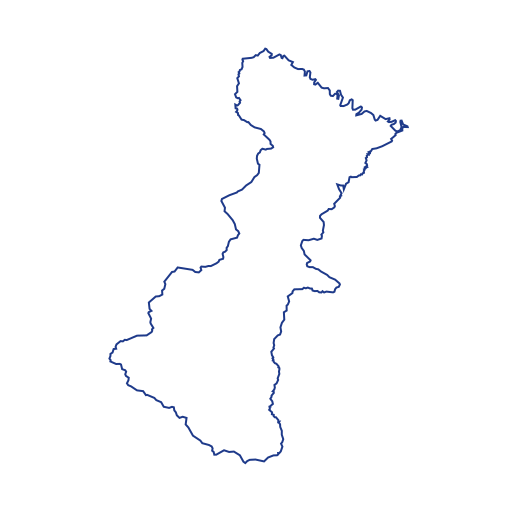 the district of Buga, Valle del Cauca, Colombia, rotated 101°
{"feature_id": "7082276B89105760254188", "entity_name": "Buga", "entity_type": "district", "adm_level": 2, "iso_a3": "COL", "parent_name": "Colombia", "parent_adm1": "Valle del Cauca", "projection": "robinson", "projection_center": [-76.07, 3.856], "detail": "fine", "context": "isolated", "style": "outline", "palette": "blue", "viewbox_px": 512, "rotation_deg": 101, "n_neighbors": 0, "source": "geoboundaries", "source_scale": "gbopen_adm2", "svg_char_len": 6050}
<svg xmlns="http://www.w3.org/2000/svg" viewBox="0 0 512 512"><g transform="rotate(101 256 256)"><path d="M407.8,353.8L410.6,347.2L410.2,341.0L413.6,337.5L413.1,336.3L414.7,328.7L416.5,326.4L417.6,321.2L421.6,317.8L421.7,312.3L420.1,309.7L420.2,307.8L423.2,306.7L424.7,304.9L427.5,303.3L429.5,300.2L427.8,297.3L428.2,293.3L434.8,292.9L437.2,289.7L444.4,283.6L447.8,275.4L450.0,273.0L450.5,266.1L451.4,263.2L453.1,261.9L455.5,261.9L456.4,260.2L459.0,259.0L458.6,257.1L452.8,250.3L453.5,245.0L452.2,240.4L454.7,233.8L460.3,229.1L461.3,227.0L459.0,225.5L457.3,223.3L455.9,217.7L456.1,208.9L451.5,205.7L448.4,200.8L447.6,197.3L446.5,196.3L445.2,196.7L445.0,195.5L443.1,194.4L438.1,193.7L435.4,195.6L433.7,194.7L430.6,194.3L426.5,196.6L422.7,197.3L419.2,199.6L416.5,200.3L415.2,201.9L414.4,201.6L414.8,202.5L412.9,202.7L410.5,205.6L410.7,206.8L409.8,208.1L408.5,208.3L408.3,210.2L406.4,210.4L404.5,213.7L403.5,213.2L401.4,214.0L401.2,213.2L400.7,213.4L398.0,211.2L395.5,212.3L393.4,214.7L391.4,213.9L390.0,214.1L387.0,212.4L385.7,212.8L385.6,213.7L383.5,212.6L381.5,212.4L379.1,213.3L377.1,211.5L373.4,210.6L372.0,211.4L367.3,210.6L365.1,211.4L362.4,211.4L361.4,211.8L361.1,212.8L360.0,212.7L357.9,215.4L357.6,217.0L356.3,218.6L355.0,218.9L355.1,219.6L353.8,219.5L353.2,220.3L352.2,219.7L350.4,221.4L347.1,222.7L343.4,220.7L342.6,221.4L340.1,221.1L338.1,222.1L334.1,222.3L329.8,219.5L328.5,217.4L325.3,216.9L321.4,218.4L316.6,217.8L313.1,216.1L305.9,217.9L303.7,215.5L298.9,216.5L297.6,215.5L294.3,214.8L289.6,217.1L285.5,213.2L283.7,213.3L281.4,212.0L279.7,204.2L278.0,202.9L278.2,200.9L277.1,199.1L277.6,196.7L277.3,194.9L279.1,193.9L279.3,191.7L278.6,189.0L279.6,187.0L279.3,184.8L277.9,184.0L278.8,182.2L277.5,180.1L277.0,173.4L276.1,172.2L273.5,172.0L271.6,171.0L270.5,168.9L268.0,168.2L267.0,168.8L264.1,173.8L262.8,179.9L261.0,182.5L258.8,189.3L257.2,192.3L257.2,194.7L256.1,198.0L256.7,201.4L256.3,203.7L254.6,204.6L253.1,204.5L251.0,201.8L249.8,201.6L245.2,208.6L241.9,210.0L239.4,212.7L237.0,214.0L232.5,213.4L231.1,212.5L230.5,207.4L228.0,202.5L228.5,198.9L226.3,195.0L223.7,195.1L222.6,195.9L219.9,194.4L218.4,195.2L212.7,195.2L209.7,196.1L206.3,200.5L204.4,200.8L202.5,199.6L197.8,194.3L196.0,193.6L195.6,190.6L193.3,188.4L192.0,188.1L189.8,189.2L182.7,184.5L181.5,185.0L180.6,184.0L180.2,184.6L178.0,184.0L174.6,187.2L170.2,189.9L170.6,186.3L170.2,183.8L173.8,182.5L167.9,181.4L165.9,179.2L160.8,179.2L160.0,178.0L160.4,177.2L159.2,172.1L157.3,170.4L156.9,169.0L155.8,168.7L155.7,167.4L154.4,167.1L153.7,165.9L152.1,166.4L150.8,165.9L150.2,166.5L149.3,165.4L148.2,166.2L147.3,165.3L148.4,164.9L147.5,163.8L147.1,164.4L145.8,164.2L144.6,164.8L143.8,166.4L141.0,165.7L138.9,166.9L137.9,165.9L136.5,166.4L135.3,165.4L134.9,165.7L134.9,164.6L133.8,165.0L133.4,163.7L132.1,163.7L132.0,164.5L131.0,163.1L128.8,162.3L127.3,158.2L124.2,153.1L117.7,144.7L116.8,144.4L115.3,145.7L110.7,142.0L109.7,142.5L108.3,141.7L104.9,136.3L102.9,136.8L101.2,136.0L100.5,131.7L99.8,132.1L98.8,136.7L95.3,138.9L95.6,139.9L96.9,139.9L101.7,137.7L105.2,138.6L106.8,141.2L106.4,143.1L102.6,148.6L101.3,148.0L100.2,145.9L98.4,144.4L96.8,144.4L96.1,145.3L98.4,148.5L99.2,151.1L98.8,152.2L96.4,150.9L95.3,151.3L96.9,154.9L94.7,160.8L99.2,162.7L100.2,164.4L99.5,165.4L95.2,167.7L93.7,170.4L92.5,175.0L93.4,177.1L96.4,179.4L98.8,184.4L97.6,184.5L95.6,182.3L92.2,180.3L90.1,180.3L89.4,181.0L89.3,181.7L93.4,186.5L93.9,188.7L92.5,189.6L84.6,190.8L84.0,192.0L85.2,193.6L88.4,194.2L89.9,195.3L92.1,198.6L92.6,201.5L91.9,202.1L83.9,200.9L81.5,203.3L77.8,205.1L78.0,206.9L79.5,207.8L82.6,205.2L86.0,205.2L86.0,206.3L82.7,206.6L81.3,207.9L81.7,209.4L84.3,211.0L84.4,213.2L83.0,214.4L79.4,215.2L77.4,217.4L78.4,221.2L78.2,223.7L74.2,228.4L76.4,230.4L76.3,231.7L74.5,232.0L71.7,230.8L71.1,231.5L72.2,234.1L71.8,236.3L70.3,237.3L65.5,237.6L64.2,238.8L64.9,240.7L69.1,241.1L69.6,242.8L65.6,243.2L63.9,244.6L63.6,246.4L64.5,250.4L63.6,254.4L61.7,257.8L58.6,256.8L57.7,261.3L53.9,266.4L54.4,267.3L56.8,267.8L56.7,268.6L54.0,270.1L53.7,271.5L58.0,276.7L58.9,280.0L58.0,280.7L55.8,278.9L54.6,279.1L53.1,283.0L50.9,285.3L50.7,286.5L53.4,287.7L56.0,291.0L58.9,292.5L58.9,294.6L61.3,296.2L62.3,298.1L64.9,306.7L65.9,306.8L67.2,305.8L69.1,306.3L73.0,305.3L75.5,305.8L76.5,307.3L78.1,307.4L78.8,308.1L80.1,307.2L81.0,307.9L82.9,307.0L85.0,308.3L89.8,305.7L92.9,307.0L98.4,305.6L101.2,307.5L104.1,305.7L104.6,303.9L104.1,302.9L106.0,300.9L107.4,301.6L108.6,300.9L111.5,302.6L111.9,303.3L111.3,305.2L114.9,304.2L114.9,302.8L115.6,302.2L117.0,302.2L118.3,303.0L119.1,301.0L121.0,300.5L121.2,299.7L124.9,296.2L124.9,293.7L126.3,290.1L126.0,289.0L128.4,286.1L130.0,281.9L130.4,275.4L132.2,272.0L133.7,271.0L135.2,271.6L139.3,265.0L140.8,263.6L143.2,263.1L144.7,260.5L146.0,259.9L147.7,261.7L148.8,265.6L149.7,266.7L149.5,270.2L151.2,271.6L153.6,272.0L155.0,273.4L157.5,274.1L160.3,273.8L165.0,271.7L165.8,270.0L173.9,269.1L176.4,270.3L178.8,272.6L184.3,274.7L188.6,279.1L193.5,282.4L196.1,286.2L197.3,286.9L201.4,293.7L206.5,300.3L208.6,300.5L214.5,295.7L218.1,295.4L220.2,291.9L225.3,285.7L228.7,282.9L233.7,280.7L235.0,278.2L237.1,276.7L239.0,277.7L241.6,278.1L244.5,284.1L247.2,285.3L251.7,285.5L253.6,286.4L255.8,285.9L257.7,287.2L258.7,288.8L260.3,289.2L263.3,287.8L265.0,287.8L266.8,291.2L268.7,291.6L270.7,293.4L274.5,298.4L274.9,300.8L276.3,303.6L276.8,307.6L277.9,308.2L280.3,307.0L283.0,309.0L283.3,312.6L281.7,315.6L282.2,330.7L286.8,333.0L287.7,335.4L298.7,341.1L300.9,339.6L305.7,339.8L307.8,341.6L311.7,340.6L313.9,343.3L314.9,346.7L322.1,352.3L328.2,350.4L329.8,348.2L331.6,350.6L332.6,350.8L337.5,347.0L341.1,347.1L342.4,346.5L346.2,343.0L347.8,344.1L349.2,343.6L350.6,344.0L354.8,348.2L356.9,357.6L363.2,366.9L363.3,368.8L365.2,370.4L365.4,372.7L369.4,376.1L371.9,376.5L373.7,375.6L374.5,378.0L378.1,378.4L379.9,380.2L381.9,379.8L384.7,380.3L386.0,378.8L387.3,378.8L388.7,372.7L387.9,369.1L388.3,367.8L392.6,365.8L393.1,362.6L394.3,361.4L397.0,361.8L398.5,360.8L399.8,357.7L402.3,357.5L405.6,358.4L407.2,356.8L407.8,353.8Z" fill="none" stroke="#1e3a8a" stroke-width="2"/></g></svg>